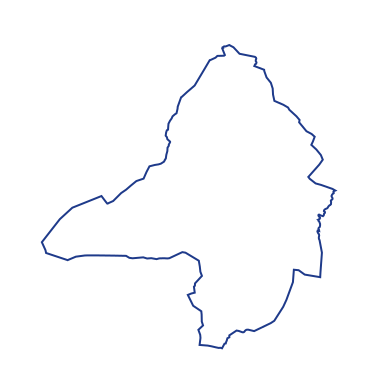 Takai, Kano, Nigeria, rotated 188°
{"feature_id": "59680162B89970230221745", "entity_name": "Takai", "entity_type": "district", "adm_level": 2, "iso_a3": "NGA", "parent_name": "Nigeria", "parent_adm1": "Kano", "projection": "mercator", "projection_center": [9.174, 11.48], "detail": "fine", "context": "isolated", "style": "outline", "palette": "blue", "viewbox_px": 384, "rotation_deg": 188, "n_neighbors": 0, "source": "geoboundaries", "source_scale": "gbopen_adm2", "svg_char_len": 3340}
<svg xmlns="http://www.w3.org/2000/svg" viewBox="0 0 384 384"><g transform="rotate(188 192 192)"><path d="M333.7,121.4L329.0,114.0L328.0,111.3L305.6,107.2L305.4,107.4L298.0,111.8L289.0,114.3L280.3,115.6L260.8,118.1L248.4,119.6L244.9,118.1L241.6,118.1L231.2,120.5L227.2,119.9L223.1,120.8L217.7,120.6L215.2,121.7L210.6,122.5L207.0,122.8L205.2,123.3L193.2,131.1L190.0,131.0L175.7,124.9L173.9,119.3L172.6,114.2L170.5,110.3L176.3,101.9L176.1,99.6L176.9,98.5L175.3,92.7L178.7,91.3L181.8,89.5L175.0,79.5L166.2,75.2L165.4,72.0L164.4,65.8L164.3,65.1L162.5,61.4L166.5,56.4L164.0,51.7L163.3,48.7L163.2,41.6L155.0,42.1L151.1,41.9L146.8,41.5L143.9,41.3L142.1,41.7L140.5,41.4L139.9,43.1L139.3,44.7L138.7,46.3L137.5,46.7L137.4,47.9L136.9,49.7L136.6,52.1L134.8,53.3L135.1,55.2L128.6,61.0L126.3,60.9L122.5,60.1L121.7,60.2L121.1,60.5L120.6,61.1L120.3,61.8L119.7,62.5L119.0,63.1L117.4,63.5L111.1,62.9L95.8,73.1L92.6,75.9L85.7,91.0L83.5,98.3L79.5,116.8L80.3,129.2L75.5,129.4L68.9,125.9L53.2,125.5L53.6,130.2L53.6,130.3L54.9,150.0L59.0,162.1L59.8,163.3L60.1,164.8L60.0,166.6L60.4,167.9L61.1,168.4L62.3,170.2L62.2,171.1L61.6,171.1L60.6,171.0L61.0,172.3L61.7,173.0L61.5,174.2L60.6,175.2L60.5,176.5L60.7,178.2L62.0,180.6L62.9,181.2L63.0,181.9L62.4,182.6L62.6,182.6L62.0,183.1L61.7,184.3L61.7,184.5L62.4,185.0L63.0,185.5L63.5,186.2L63.6,186.8L63.3,187.2L62.9,187.3L62.4,187.2L61.5,186.7L60.4,186.6L59.0,186.3L58.8,186.6L58.4,187.0L58.3,187.3L58.2,188.0L58.2,188.9L57.8,189.5L57.5,189.8L57.5,190.6L58.0,190.9L58.7,191.4L58.7,192.0L58.4,192.8L58.2,193.1L57.2,193.9L56.0,194.6L55.6,195.0L54.9,196.7L54.1,197.8L53.4,198.3L53.0,198.8L52.7,199.2L52.8,200.9L52.9,201.6L53.2,202.2L53.3,202.8L53.1,203.1L52.7,203.7L52.3,203.9L51.9,204.5L51.9,205.1L52.2,205.8L52.8,206.5L53.3,207.4L53.0,208.6L52.4,209.7L51.5,210.5L51.5,210.9L52.0,211.6L52.0,212.0L51.7,212.6L50.8,213.1L50.3,213.4L53.3,214.6L65.3,217.0L70.8,217.7L77.3,221.5L78.9,223.1L69.8,236.8L67.0,242.2L69.5,246.5L74.8,251.4L80.4,255.3L79.3,258.8L78.2,263.8L81.6,266.1L87.1,268.1L95.6,275.9L95.5,278.3L99.1,281.5L107.1,287.0L108.6,289.0L113.7,291.1L123.1,293.7L125.3,299.7L126.5,305.7L129.1,311.1L134.1,315.8L137.2,321.7L137.6,323.1L147.8,325.4L147.3,327.2L146.3,328.0L146.2,329.4L147.1,330.5L147.2,331.7L146.9,332.9L147.3,333.9L148.5,334.6L164.2,335.5L171.1,341.1L175.6,342.7L179.0,340.8L180.4,340.7L180.5,340.4L181.6,339.7L181.2,339.0L182.1,338.5L178.5,332.2L179.3,331.4L185.8,330.3L187.4,328.3L192.5,325.0L192.8,325.0L196.7,315.6L204.2,297.8L210.8,290.3L215.9,284.1L216.0,284.1L218.0,274.5L217.9,272.3L218.3,267.8L219.8,266.5L221.8,264.2L222.4,262.0L223.7,259.5L224.8,256.3L224.6,253.0L224.4,250.4L225.5,249.6L225.9,247.4L225.9,244.1L224.5,242.8L223.7,240.8L220.8,238.9L220.6,238.5L220.9,237.5L221.5,236.0L221.6,235.5L221.4,234.6L222.4,232.5L222.1,229.1L222.6,225.3L222.6,221.5L222.7,221.4L222.8,221.2L222.9,220.9L223.0,220.8L223.0,220.7L223.2,220.3L223.2,220.2L223.3,220.1L223.3,219.9L223.4,219.7L223.5,219.6L223.5,219.4L223.6,219.2L223.7,218.9L223.8,218.7L223.8,218.4L223.9,218.2L226.8,215.7L229.0,214.7L232.6,213.6L237.7,211.5L239.8,205.6L241.8,198.5L248.6,195.1L253.4,189.9L257.6,185.1L262.0,181.1L268.8,172.1L273.4,169.2L273.5,169.1L273.7,168.9L273.8,168.8L274.4,168.8L276.5,170.8L281.1,175.4L285.1,173.1L308.3,159.8L319.1,146.7L327.3,132.5L333.7,121.4Z" fill="none" stroke="#1e3a8a" stroke-width="2"/></g></svg>